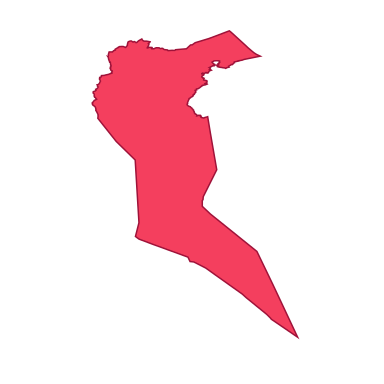 Hamar nor, Hedmark, Norway, rotated 172°
{"feature_id": "86288312B93894082847731", "entity_name": "Hamar nor", "entity_type": "district", "adm_level": 2, "iso_a3": "NOR", "parent_name": "Norway", "parent_adm1": "Hedmark", "projection": "equal_earth", "projection_center": [11.19, 61.003], "detail": "fine", "context": "isolated", "style": "filled", "palette": "rose", "viewbox_px": 384, "rotation_deg": 172, "n_neighbors": 0, "source": "geoboundaries", "source_scale": "gbopen_adm2", "svg_char_len": 5948}
<svg xmlns="http://www.w3.org/2000/svg" viewBox="0 0 384 384"><g transform="rotate(172 192 192)"><path d="M254.2,155.8L251.0,152.7L237.8,145.5L205.1,128.1L203.6,123.4L200.0,122.5L189.0,114.8L180.4,106.6L156.4,83.9L153.1,79.9L135.1,60.5L131.9,56.3L131.2,55.0L107.6,33.5L124.7,88.8L136.0,124.1L176.9,167.7L182.8,175.1L183.8,176.4L183.0,182.1L182.2,182.8L181.5,185.8L164.4,210.6L165.6,248.1L166.0,264.4L166.9,264.2L169.0,264.0L170.0,263.6L171.2,264.1L171.8,264.2L172.9,265.0L173.1,265.7L172.5,265.9L172.8,266.4L172.9,266.7L173.3,266.7L174.6,267.1L175.3,266.9L176.2,266.7L176.6,266.7L176.4,267.0L176.4,267.3L176.6,267.7L176.6,268.0L177.0,268.3L177.8,268.6L178.0,268.9L178.0,269.4L178.6,269.8L178.6,270.0L178.7,270.7L178.6,271.1L179.0,271.8L179.1,272.2L179.0,272.8L179.5,273.2L179.5,273.5L179.6,273.8L180.2,274.3L180.5,275.2L181.3,275.8L181.5,276.2L181.6,276.4L181.7,276.6L183.6,277.6L184.0,278.1L184.2,278.4L184.5,278.6L184.6,278.9L184.7,279.4L184.6,279.7L184.3,279.9L184.0,280.2L184.0,280.9L183.9,281.3L182.3,284.0L182.0,284.2L182.0,284.6L182.0,284.8L181.8,285.0L181.6,285.1L180.4,285.4L180.0,285.8L179.6,286.1L178.4,286.4L177.6,286.9L177.4,287.2L177.6,287.6L177.5,287.9L177.1,288.2L176.2,288.3L175.9,288.7L176.0,288.8L176.0,289.1L175.8,289.4L175.5,289.5L174.8,289.9L174.4,290.2L174.3,291.0L174.3,291.4L174.4,291.8L174.8,291.9L174.8,292.2L173.8,292.3L173.5,292.5L173.4,292.8L173.2,292.7L173.2,293.4L171.6,293.5L171.3,293.5L169.3,294.5L168.8,295.0L168.2,295.1L168.0,295.3L167.5,295.5L167.4,295.7L166.7,295.9L166.8,296.1L166.3,296.2L165.1,296.2L164.7,296.3L164.3,296.2L163.4,296.4L164.0,296.6L163.1,296.7L163.3,296.8L164.0,297.6L162.9,297.9L162.5,297.5L162.1,297.7L162.2,297.8L162.2,298.3L161.7,299.4L161.7,299.8L161.8,300.1L162.6,300.5L162.9,300.4L163.1,300.7L163.6,300.8L164.9,301.3L164.7,302.0L164.2,302.8L164.7,302.9L164.9,303.0L164.7,303.2L164.8,303.3L165.9,304.1L166.2,304.4L166.3,304.7L166.3,304.9L166.1,305.3L163.9,306.4L163.8,306.6L163.8,307.0L164.4,307.3L165.9,307.6L165.9,307.8L165.0,308.3L163.6,307.7L162.4,307.9L162.1,308.2L161.5,308.4L161.0,308.1L160.7,307.7L160.5,307.8L160.7,308.0L160.3,308.1L160.2,308.0L159.7,307.6L159.0,308.1L158.7,308.7L158.2,309.3L157.4,309.6L155.9,309.9L156.2,310.2L156.6,310.2L156.6,310.7L156.9,311.0L157.4,310.6L157.8,311.0L156.5,312.3L156.6,312.6L157.3,312.9L153.7,314.1L152.6,313.8L152.3,314.0L152.8,314.4L152.0,314.6L151.8,314.8L152.4,315.4L152.2,315.5L152.8,315.9L153.0,316.1L154.1,317.8L153.5,318.1L153.1,318.2L151.9,318.8L149.5,318.6L147.2,318.2L146.8,317.8L146.6,317.8L146.8,317.3L146.5,317.3L146.5,316.5L146.8,316.3L148.3,315.4L147.8,315.0L148.8,314.4L148.7,314.3L149.4,314.3L149.3,314.5L149.4,314.3L150.0,314.2L149.6,314.0L149.4,313.5L148.6,312.8L149.1,312.5L148.5,312.2L146.9,311.6L145.0,311.1L144.0,310.7L142.5,310.4L141.4,309.7L141.1,309.8L140.6,310.2L138.0,310.5L138.2,310.8L138.1,311.1L138.2,311.5L136.3,312.2L135.4,312.7L135.1,312.6L135.1,312.8L134.0,312.7L132.8,313.8L132.4,314.1L132.0,314.1L132.0,314.9L127.6,315.2L127.7,315.5L125.4,315.5L123.8,315.6L122.2,316.0L120.7,316.1L105.5,317.0L109.0,319.3L111.2,321.2L112.7,322.8L116.6,327.2L118.4,329.5L130.9,344.6L132.6,346.4L154.0,341.6L168.1,339.4L171.3,337.7L172.3,337.8L173.0,337.8L177.6,334.6L188.5,335.2L189.3,334.6L192.5,335.1L195.8,335.3L196.3,335.5L196.3,335.9L196.5,336.1L199.6,336.9L200.4,337.5L200.6,337.8L200.9,338.2L201.7,338.5L203.0,338.4L203.7,338.6L204.1,339.0L204.4,339.3L207.1,339.8L208.1,339.7L209.6,339.2L210.2,339.2L212.0,339.5L212.1,339.8L211.6,340.1L211.4,340.4L211.4,340.6L211.9,340.8L213.7,341.1L214.1,341.2L214.7,341.2L215.6,340.8L216.2,340.9L216.1,341.4L215.8,341.7L215.4,341.9L215.4,342.1L214.7,343.1L214.1,344.2L214.6,345.0L213.7,345.5L213.0,346.0L212.6,346.6L216.0,347.7L218.2,348.0L219.1,348.4L219.3,348.7L219.6,348.9L220.1,349.6L220.4,350.5L220.6,350.4L221.8,350.0L223.6,349.3L224.9,348.5L225.2,348.1L225.9,347.8L226.1,347.7L226.5,347.7L226.5,347.9L226.7,348.0L227.5,348.5L228.1,349.0L228.5,349.0L229.2,348.7L229.7,348.8L230.2,349.2L230.9,349.9L231.1,350.0L231.9,350.1L233.3,349.9L233.9,349.7L234.4,349.5L234.9,348.5L235.1,347.8L235.3,347.6L235.3,347.3L235.5,347.0L235.5,346.6L235.6,346.1L237.3,344.7L237.5,344.4L237.9,344.4L239.3,345.4L240.0,345.7L243.3,346.1L244.7,345.7L244.7,345.4L245.2,345.2L245.8,345.1L248.3,344.0L248.4,343.5L248.3,343.2L250.0,342.8L251.0,342.0L251.2,341.8L254.6,342.2L255.7,339.8L255.6,339.5L255.7,338.8L256.0,338.4L256.0,338.1L256.3,337.7L256.5,337.8L256.4,337.6L256.1,336.7L256.1,335.1L255.9,334.5L255.9,333.9L255.6,333.0L255.5,332.0L254.8,331.9L254.9,329.1L254.7,329.0L254.8,328.7L254.7,328.5L254.5,328.2L254.6,327.9L255.3,327.3L255.1,326.9L255.2,326.7L255.7,326.4L255.9,326.1L255.4,325.7L255.6,325.0L255.4,323.9L254.2,323.1L254.1,322.8L254.4,322.5L254.6,322.1L255.0,321.8L255.2,321.4L254.7,321.0L254.1,320.8L255.8,320.7L258.4,320.1L261.4,319.9L262.6,319.7L265.5,319.9L265.7,319.0L266.0,318.6L267.5,318.3L267.5,317.9L267.3,317.5L267.4,317.3L267.9,317.0L267.9,316.5L267.7,316.4L267.6,315.7L267.2,314.6L267.8,313.8L268.5,312.6L268.9,312.3L269.3,311.8L270.2,311.4L270.9,311.4L270.7,311.0L270.9,310.7L270.9,309.9L270.4,309.4L270.4,309.0L270.5,308.7L270.9,308.2L272.0,307.4L273.1,307.1L272.8,306.2L273.8,305.5L275.8,305.1L276.0,304.5L276.1,304.0L276.1,303.8L276.0,303.5L275.5,303.2L275.2,302.0L275.2,301.8L275.3,301.7L275.5,300.9L275.4,300.7L275.5,300.5L275.4,299.9L275.2,299.6L275.2,299.4L274.7,299.2L274.5,298.9L274.4,298.7L274.3,298.2L273.8,297.6L273.6,297.4L273.5,297.1L275.0,296.6L276.1,296.3L276.4,295.9L276.9,295.4L277.7,294.7L278.4,294.2L278.5,293.8L278.1,293.1L278.2,292.9L278.4,292.6L278.2,292.3L278.1,291.9L276.2,290.1L276.0,289.4L275.8,289.1L275.8,288.7L275.6,288.2L275.8,287.7L275.6,286.9L275.9,286.3L275.8,285.9L275.2,284.8L275.1,284.2L274.7,283.3L274.7,283.0L274.2,281.5L274.4,280.8L274.5,280.6L274.4,280.3L274.4,280.0L274.7,279.4L274.7,279.0L275.0,278.2L274.9,277.9L260.0,252.6L243.8,231.6L248.8,169.0L254.2,155.8Z" fill="#f43f5e" stroke="#9f1239" stroke-width="1.5"/></g></svg>